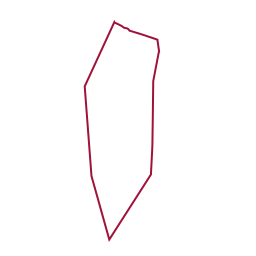 Mount Erole, Praslin, Saint Lucia, rotated 260°
{"feature_id": "8701671B18019835911399", "entity_name": "Mount Erole", "entity_type": "district", "adm_level": 2, "iso_a3": "LCA", "parent_name": "Saint Lucia", "parent_adm1": "Praslin", "projection": "robinson", "projection_center": [-60.91, 13.86], "detail": "fine", "context": "isolated", "style": "outline", "palette": "rose", "viewbox_px": 256, "rotation_deg": 260, "n_neighbors": 0, "source": "geoboundaries", "source_scale": "gbopen_adm2", "svg_char_len": 412}
<svg xmlns="http://www.w3.org/2000/svg" viewBox="0 0 256 256"><g transform="rotate(260 128 128)"><path d="M197.8,171.9L209.9,172.3L217.7,158.0L223.6,146.4L225.2,145.6L226.3,144.3L227.3,141.7L229.7,139.3L232.1,136.1L234.2,133.0L234.6,132.9L176.5,92.6L87.1,83.7L21.4,90.2L78.2,142.5L103.0,148.2L107.2,149.1L131.2,153.7L169.8,161.0L197.6,171.6L197.8,171.9Z" fill="none" stroke="#9f1239" stroke-width="2"/></g></svg>